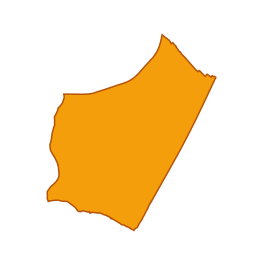 the district of Heemstede, Noord-Holland, Netherlands, rotated 193°
{"feature_id": "6326949B37301636239269", "entity_name": "Heemstede", "entity_type": "district", "adm_level": 2, "iso_a3": "NLD", "parent_name": "Netherlands", "parent_adm1": "Noord-Holland", "projection": "orthographic", "projection_center": [4.618, 52.343], "detail": "fine", "context": "isolated", "style": "filled", "palette": "amber", "viewbox_px": 256, "rotation_deg": 193, "n_neighbors": 0, "source": "geoboundaries", "source_scale": "gbopen_adm2", "svg_char_len": 5526}
<svg xmlns="http://www.w3.org/2000/svg" viewBox="0 0 256 256"><g transform="rotate(193 128 128)"><path d="M115.7,226.5L115.7,226.1L115.7,225.6L115.7,224.7L115.6,221.5L115.6,220.2L115.6,219.4L115.7,217.6L115.7,217.2L115.8,215.8L115.9,214.6L115.9,214.1L116.1,213.1L116.2,212.7L116.3,212.1L116.5,211.1L116.6,210.8L116.6,210.7L116.9,209.3L117.0,209.1L117.1,208.6L117.3,208.0L117.4,207.6L117.6,207.3L117.9,206.3L118.1,205.7L118.5,204.7L119.1,203.2L119.4,202.6L120.5,200.6L121.6,198.8L122.1,197.8L123.3,195.6L125.6,191.6L130.0,183.5L130.4,182.8L130.9,182.0L131.1,181.7L131.8,180.6L132.1,180.2L132.4,179.7L132.7,179.4L133.0,179.0L133.4,178.4L133.9,177.8L134.2,177.5L134.9,176.7L135.6,175.9L136.2,175.4L136.6,174.9L137.2,174.4L137.6,174.0L138.2,173.6L139.2,172.8L139.7,172.4L140.2,172.1L141.1,171.4L141.9,171.0L142.6,170.5L143.6,169.9L146.8,168.0L148.3,167.1L150.9,165.5L152.1,164.7L154.1,163.5L160.3,159.7L161.0,159.3L163.5,157.8L164.8,157.1L166.1,156.3L166.9,155.8L169.3,154.3L171.7,153.2L173.1,152.6L174.8,152.0L175.2,151.9L177.0,151.4L178.4,151.1L179.2,150.8L184.1,149.7L191.1,148.2L193.7,147.6L193.8,147.6L195.0,147.3L198.2,146.6L197.7,145.5L197.5,145.0L197.3,144.4L197.1,143.6L197.0,143.0L197.1,142.0L197.2,140.8L197.3,139.6L197.4,138.4L197.5,137.8L197.8,137.1L198.2,136.0L198.7,134.8L199.4,133.6L200.3,132.2L200.5,132.0L200.5,130.9L200.5,129.8L200.5,129.3L200.6,128.8L201.0,127.0L201.4,124.9L201.7,124.1L202.1,122.7L202.2,122.3L201.8,121.1L201.4,119.6L201.2,119.0L200.8,117.0L200.8,116.7L200.6,116.1L200.3,115.1L200.2,114.8L200.1,114.3L200.3,113.4L200.5,112.5L200.6,111.4L200.6,111.1L200.6,109.6L200.6,107.2L200.7,105.6L200.7,105.1L200.7,104.9L200.6,104.4L200.5,103.2L200.4,102.3L200.3,101.3L200.2,99.8L200.1,98.5L200.1,97.6L200.1,96.8L200.1,96.1L200.4,94.6L200.3,94.4L200.1,93.3L199.9,92.6L198.9,89.8L198.8,89.6L198.2,88.5L197.9,88.1L196.4,86.5L195.7,85.8L194.3,84.2L193.4,83.4L193.0,83.1L192.3,82.3L192.0,81.9L189.1,78.2L188.7,77.5L188.3,76.7L187.5,75.2L187.3,74.8L186.9,73.8L186.5,72.6L185.3,69.1L185.0,68.2L184.9,67.7L184.6,66.1L184.4,65.4L184.8,62.9L185.0,62.1L185.4,61.0L185.5,60.7L185.7,60.4L186.1,59.4L186.4,58.8L186.8,58.2L187.3,57.4L187.9,56.5L188.5,55.7L189.8,53.8L190.2,53.1L190.4,52.6L190.5,52.4L191.7,49.6L191.9,49.0L192.2,48.4L192.2,48.2L192.3,47.7L192.2,47.0L192.2,46.9L191.6,45.1L191.6,44.8L191.2,43.3L191.1,43.1L191.0,42.3L191.0,42.0L190.8,41.2L190.4,40.3L190.2,40.1L190.0,39.8L189.8,39.6L189.7,39.5L189.4,38.7L188.0,39.3L188.0,39.2L187.9,39.3L186.3,39.9L186.1,40.0L184.5,40.6L183.6,40.9L183.1,41.1L182.4,41.3L181.6,41.5L181.3,41.6L180.3,41.9L179.9,42.0L177.6,41.9L175.6,41.9L173.9,42.2L173.3,42.3L172.2,42.6L171.3,42.7L171.0,42.7L170.9,42.7L170.5,42.6L170.2,42.6L169.7,42.4L168.9,42.0L168.6,41.9L167.0,41.2L166.6,41.0L166.4,40.9L166.0,40.7L165.6,40.6L164.5,40.1L163.3,39.6L162.8,39.4L162.7,39.3L162.5,39.1L161.9,38.8L161.1,38.4L160.8,38.1L160.4,37.8L160.2,37.6L159.9,37.3L159.4,36.9L159.2,36.7L158.8,36.4L158.3,36.0L158.1,35.9L157.9,35.8L157.3,35.7L157.1,35.6L156.6,35.7L156.5,35.8L155.6,35.8L155.3,35.9L155.1,35.9L155.0,36.0L154.9,36.1L154.4,36.4L154.1,36.7L153.8,36.9L153.7,37.0L153.3,37.1L153.1,37.2L152.3,37.4L152.2,37.4L151.9,37.4L151.1,37.2L150.9,37.2L149.9,37.1L148.3,37.1L148.1,37.1L147.8,37.1L147.6,37.2L147.5,37.3L147.4,37.4L147.3,37.5L147.0,37.9L146.6,37.6L146.4,37.3L145.8,36.4L144.6,37.3L144.3,37.7L140.4,38.2L138.2,38.3L137.7,38.7L136.3,38.8L134.7,38.8L134.0,38.5L131.8,38.1L130.9,38.1L129.8,38.0L128.4,37.6L128.4,37.8L127.7,37.5L126.3,37.1L124.4,36.5L124.4,36.2L124.5,36.1L124.5,35.9L123.6,35.8L123.0,35.8L122.9,35.8L122.9,36.0L120.4,35.2L118.5,34.6L115.5,33.6L114.2,33.2L113.1,32.7L112.7,32.5L112.2,32.3L111.4,32.4L111.1,32.5L110.8,32.5L110.6,32.5L110.3,32.4L109.8,32.4L108.3,32.0L108.0,31.8L106.7,31.5L106.4,31.7L105.3,31.4L103.1,30.8L102.7,30.6L102.4,30.4L102.1,30.4L101.4,30.2L100.6,30.0L100.3,29.9L100.0,29.8L99.2,29.5L99.1,29.9L99.1,30.1L99.0,30.4L97.7,32.3L96.9,32.8L96.7,33.2L96.5,33.5L96.4,34.0L96.2,34.6L96.0,35.3L95.9,36.1L95.5,37.6L94.9,39.2L94.5,40.3L94.4,40.5L94.0,41.4L93.9,41.7L93.8,42.0L93.7,42.4L93.6,42.7L93.6,43.1L93.2,44.8L93.0,45.5L92.9,45.7L92.8,46.0L92.4,47.4L92.2,48.4L91.9,49.5L91.8,50.1L91.7,50.7L91.5,51.6L91.4,51.9L91.2,52.3L90.9,53.0L90.8,53.3L90.7,53.6L90.6,53.9L90.6,54.2L90.6,54.5L90.7,54.8L90.6,55.2L90.2,56.6L90.0,58.2L89.8,58.2L89.6,59.7L89.3,59.7L89.2,60.1L89.3,60.2L89.0,61.6L88.7,61.5L86.2,70.3L79.0,94.6L71.9,119.3L70.5,124.8L68.6,131.9L63.6,152.4L61.7,160.9L60.3,167.1L58.0,177.6L56.8,183.4L56.7,183.4L55.6,188.9L54.0,196.1L53.8,196.8L53.8,197.1L54.3,197.3L55.6,197.7L56.4,197.4L57.0,197.6L57.8,197.9L58.0,197.3L58.2,196.8L58.4,196.2L60.1,197.0L61.5,197.6L63.0,198.2L63.3,197.7L63.5,197.5L63.9,196.7L64.5,195.7L65.0,195.9L66.5,196.9L68.5,198.2L69.6,199.0L71.6,200.0L72.0,199.1L72.3,198.6L74.4,199.6L74.5,199.6L78.2,202.2L82.9,205.6L86.0,207.8L87.9,209.2L89.7,210.4L89.8,210.5L90.0,210.5L91.5,211.5L92.2,211.9L92.4,212.0L92.9,212.6L93.4,213.2L94.4,213.9L94.6,214.0L94.8,214.0L95.2,214.1L95.4,214.2L95.5,214.2L95.5,214.3L95.7,214.5L95.9,214.7L96.0,214.8L96.3,215.1L96.7,215.5L97.2,215.9L98.1,216.7L98.8,217.3L99.1,217.6L99.2,217.9L99.3,217.8L100.1,218.6L100.4,218.8L100.7,219.1L101.2,219.5L101.3,219.6L101.7,219.8L102.0,219.9L102.2,220.1L102.8,220.6L103.6,221.2L104.8,219.8L105.8,220.9L106.0,221.1L106.9,222.1L107.4,222.6L107.7,222.9L108.3,223.0L108.6,223.1L108.8,223.2L109.2,223.4L110.0,223.9L110.2,224.0L110.9,224.3L111.3,224.4L111.6,224.5L112.0,224.6L114.2,225.7L114.9,226.1L115.7,226.5Z" fill="#f59e0b" stroke="#b45309" stroke-width="1.5"/></g></svg>